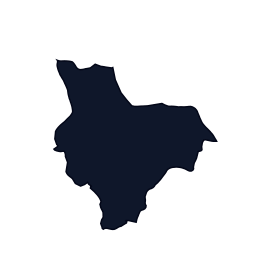 outline of Mustaba, Hajjah, Yemen, rotated 67°
{"feature_id": "15242507B50063200488288", "entity_name": "Mustaba", "entity_type": "district", "adm_level": 2, "iso_a3": "YEM", "parent_name": "Yemen", "parent_adm1": "Hajjah", "projection": "mercator", "projection_center": [43.275, 16.274], "detail": "fine", "context": "isolated", "style": "filled", "palette": "ink", "viewbox_px": 256, "rotation_deg": 67, "n_neighbors": 0, "source": "geoboundaries", "source_scale": "gbopen_adm2", "svg_char_len": 3764}
<svg xmlns="http://www.w3.org/2000/svg" viewBox="0 0 256 256"><g transform="rotate(67 128 128)"><path d="M138.3,58.0L138.0,58.1L136.4,58.6L135.0,59.5L133.7,60.6L132.7,61.9L132.1,63.4L131.6,65.1L131.1,66.6L130.5,68.3L129.7,70.0L128.9,71.8L128.4,73.3L127.5,74.7L126.6,76.3L125.7,78.0L125.0,79.5L124.4,81.1L123.6,82.6L120.9,85.4L118.9,87.0L118.7,87.2L115.6,100.1L115.2,101.7L114.5,103.5L113.9,105.2L113.2,107.0L112.5,108.9L112.0,110.4L111.3,112.2L110.6,113.7L109.6,115.1L109.2,115.8L101.7,118.3L92.9,120.7L78.7,120.9L77.7,120.7L66.4,118.4L66.4,119.5L65.5,121.0L64.6,122.5L63.4,124.5L62.4,126.0L61.4,127.6L60.7,128.9L56.5,133.3L58.0,139.1L57.7,140.7L57.3,142.4L57.1,143.3L56.9,144.0L56.7,145.6L56.3,147.2L55.7,149.1L54.7,150.5L53.4,151.4L51.9,151.9L50.3,152.1L48.6,152.4L47.0,152.8L45.5,153.4L44.5,154.6L43.6,156.0L42.8,157.5L42.0,159.1L41.3,160.7L40.7,162.3L40.1,163.9L39.3,165.2L38.3,166.4L38.1,166.6L38.6,166.5L40.1,167.2L41.5,168.2L43.1,168.9L44.7,169.2L46.8,169.5L48.4,169.6L50.4,169.6L50.6,169.6L52.4,169.7L54.2,169.4L56.1,169.2L58.3,168.8L60.4,168.7L62.5,168.7L64.1,168.6L66.1,168.6L67.9,168.6L69.7,168.7L71.3,169.2L73.1,169.7L74.7,170.0L76.2,170.2L78.0,170.5L79.6,170.5L81.4,170.7L83.2,170.8L85.0,171.0L86.6,171.2L88.2,171.6L89.8,172.0L91.3,172.5L92.6,173.6L93.5,175.0L94.4,176.4L95.0,177.9L95.6,179.5L96.2,181.0L96.9,182.6L97.5,184.1L97.9,185.6L98.4,187.2L98.9,188.8L99.5,190.3L100.2,191.9L101.0,193.4L101.9,194.8L102.9,196.0L105.5,197.4L109.5,199.6L115.3,200.0L116.9,199.4L117.7,200.6L118.5,204.4L119.6,204.1L121.1,202.6L122.6,200.5L123.4,199.1L123.8,197.3L124.5,195.7L126.3,195.7L128.2,196.0L129.8,196.7L136.0,197.0L143.9,202.0L144.4,202.1L144.9,202.0L146.0,202.0L147.7,201.6L149.6,200.7L151.3,199.7L152.9,198.9L158.5,198.1L162.9,194.3L163.0,190.4L163.0,190.0L162.2,186.4L164.2,186.2L165.7,185.3L166.6,184.8L167.3,184.5L167.5,185.0L167.5,185.3L168.7,186.1L170.1,185.4L171.8,184.6L173.5,183.8L174.1,183.6L175.0,183.3L176.6,182.7L177.8,182.3L178.2,182.2L179.8,181.8L181.5,181.5L183.3,181.4L184.9,181.4L186.2,182.4L187.3,183.6L188.9,183.8L190.3,184.1L192.0,184.1L194.0,183.9L196.0,183.9L200.5,185.7L201.0,186.4L202.3,188.1L203.2,188.8L205.3,190.4L207.0,190.5L208.7,190.5L210.2,190.9L211.5,190.3L211.3,189.2L211.5,187.6L212.4,186.0L213.4,184.7L214.3,183.4L215.2,182.0L215.8,180.4L215.8,180.2L215.9,178.8L215.7,177.0L215.5,175.8L215.4,175.3L215.5,173.7L215.6,173.0L215.7,172.9L214.9,167.9L214.8,166.6L214.2,166.1L213.8,165.8L213.4,166.0L213.0,166.3L212.6,166.4L212.4,166.1L213.4,163.6L217.9,157.3L216.6,156.4L215.1,155.3L213.9,154.2L212.8,153.0L211.5,151.8L210.4,150.6L209.3,149.5L208.9,147.9L209.1,145.9L208.9,144.1L208.0,142.6L206.5,141.7L206.2,141.8L204.9,141.8L203.7,141.6L203.0,141.2L201.8,140.5L200.6,140.0L199.3,139.7L197.7,139.1L196.5,138.0L195.2,136.9L193.9,135.6L193.7,135.2L193.1,134.0L192.6,132.2L192.8,130.2L192.6,128.3L192.0,126.7L190.9,125.2L190.4,123.7L189.9,122.1L189.2,120.7L188.4,118.9L187.6,117.4L186.7,115.9L185.9,114.5L185.1,113.1L184.3,111.7L183.4,110.3L182.3,109.0L181.6,107.5L181.3,105.7L181.3,104.1L181.6,102.3L182.1,100.8L182.7,98.9L183.5,97.3L184.3,95.9L185.2,94.5L186.3,93.1L186.5,93.0L187.5,91.8L188.7,90.7L190.1,89.6L191.5,88.3L192.3,86.7L192.2,84.9L191.2,83.6L189.5,83.1L186.0,80.7L184.3,78.6L182.5,76.7L178.9,74.0L177.0,72.5L177.4,70.6L177.4,69.1L176.8,68.4L173.9,67.5L172.4,66.5L170.8,65.5L169.7,64.4L169.0,63.3L168.7,63.0L169.0,61.4L169.9,60.1L170.8,58.8L171.8,57.4L172.7,56.1L173.5,54.7L174.2,53.1L174.8,51.6L173.6,51.7L171.9,52.0L170.2,52.2L168.6,52.4L167.0,52.7L165.4,53.2L165.3,53.3L163.5,53.8L161.7,54.5L159.9,55.2L158.3,55.9L156.7,56.5L155.1,57.0L153.5,57.5L151.9,57.8L150.1,57.9L148.5,57.9L146.9,58.0L145.2,57.9L143.3,57.9L141.4,57.9L139.7,57.8L138.3,58.0Z" fill="#0f172a" stroke="#020617" stroke-width="1.5"/></g></svg>